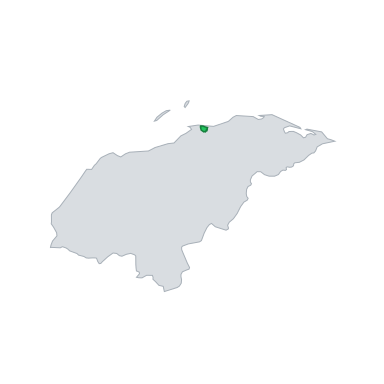 location of Santa Rosa de Aguan, Colón, Honduras, rotated 345°
{"feature_id": "27666195B37116409669852", "entity_name": "Santa Rosa de Aguan", "entity_type": "district", "adm_level": 2, "iso_a3": "HND", "parent_name": "Honduras", "parent_adm1": "Colón", "projection": "mercator", "projection_center": [-85.679, 15.902], "detail": "fine", "context": "in_parent", "style": "filled", "palette": "green", "viewbox_px": 384, "rotation_deg": 345, "n_neighbors": 0, "source": "geoboundaries", "source_scale": "gbopen_adm2", "svg_char_len": 3737}
<svg xmlns="http://www.w3.org/2000/svg" viewBox="0 0 384 384"><g transform="rotate(345 192 192)"><path d="M343.1,179.9L330.5,179.2L324.6,180.8L322.0,184.3L319.8,185.8L317.9,185.5L314.2,186.8L308.5,190.0L303.4,191.1L298.8,190.4L297.5,191.1L297.2,192.2L296.5,193.1L294.7,193.7L292.7,193.4L290.4,192.3L289.2,192.8L289.1,194.8L287.8,195.3L285.5,194.4L282.9,195.1L280.0,197.5L275.9,198.1L270.6,196.7L266.5,194.0L263.6,190.2L260.2,189.2L254.1,192.1L251.5,195.4L251.0,197.5L251.6,199.4L250.5,200.6L247.6,201.2L245.5,203.5L244.0,207.5L243.7,210.5L244.6,212.6L243.2,214.2L239.5,215.2L235.2,218.7L230.1,224.4L225.1,228.5L220.2,230.8L217.8,233.3L217.9,236.1L217.6,237.0L216.7,237.3L215.0,237.7L205.5,231.6L202.7,227.4L200.3,228.0L197.3,230.2L193.1,234.9L188.5,241.4L186.3,242.1L174.9,241.2L168.9,241.8L167.7,242.6L167.1,245.0L167.5,248.2L169.1,259.6L170.1,264.3L169.2,265.7L166.1,266.0L162.1,266.6L160.0,268.8L159.4,271.0L159.2,274.1L158.0,277.3L155.5,279.6L153.1,280.4L139.5,281.0L139.8,275.7L135.9,273.6L133.6,269.2L131.7,266.2L132.3,264.4L132.2,262.3L126.6,260.7L121.5,262.0L118.5,261.1L116.3,260.0L120.1,257.4L120.3,255.8L119.1,254.7L117.9,253.9L118.3,250.9L119.0,247.4L121.1,239.3L120.4,237.9L116.9,235.4L112.5,235.2L107.7,235.9L105.4,234.7L103.4,231.9L99.9,230.5L93.8,232.8L87.4,236.1L85.4,237.4L83.8,237.2L83.0,234.7L82.7,231.7L82.3,230.9L78.9,229.9L74.9,229.1L72.8,228.3L70.9,226.3L66.1,223.6L65.0,221.7L58.6,217.2L57.3,215.0L55.8,213.4L52.7,211.3L50.3,211.8L42.2,209.2L40.9,209.0L42.1,206.7L44.6,203.3L50.2,199.4L50.7,196.3L49.2,190.2L47.8,186.3L48.5,184.6L50.3,177.6L51.6,175.9L59.7,172.4L60.5,171.9L66.9,166.9L73.9,161.4L81.3,155.3L89.5,148.5L94.1,144.5L96.2,142.8L100.9,144.2L104.6,141.0L106.8,139.9L111.8,136.0L113.4,135.2L121.8,133.6L125.9,133.6L129.4,137.6L132.3,139.7L137.6,137.9L142.0,137.4L160.5,141.1L167.8,139.5L181.3,139.1L187.3,140.0L195.8,134.9L201.3,133.8L207.8,131.4L206.9,129.0L205.4,127.8L215.2,128.9L229.8,134.2L245.4,133.2L251.0,130.4L254.6,129.6L270.6,135.0L274.8,139.1L278.1,139.5L280.6,138.6L281.3,137.7L278.2,136.8L276.7,135.5L289.3,138.0L313.0,157.5L313.5,159.1L303.4,153.4L298.0,153.8L296.6,154.7L296.9,157.9L297.4,159.4L299.7,159.5L301.4,158.7L305.6,159.7L308.3,161.8L311.7,165.0L313.7,168.5L315.9,168.5L318.0,166.4L322.0,166.2L324.6,168.5L326.5,168.4L323.9,164.8L317.8,161.2L319.3,161.0L332.8,167.5L336.6,175.6L339.8,177.5L343.1,179.9ZM184.2,109.9L176.4,113.8L174.0,113.8L177.5,110.7L183.3,108.1L188.2,106.8L192.2,107.3L184.2,109.9ZM210.9,105.7L207.2,108.6L206.6,107.3L208.4,104.6L210.6,103.0L212.8,103.2L212.2,104.3L210.9,105.7Z" fill="#d9dde1" stroke="#a8b0b8" stroke-width="1"/><path d="M218.8,136.8L218.9,136.7L219.0,136.7L219.1,136.8L219.3,136.9L219.5,136.9L219.8,136.9L220.0,137.0L220.2,137.3L220.3,137.3L220.4,137.2L220.5,137.2L220.6,137.3L220.7,137.2L220.8,137.2L221.0,137.1L221.1,136.9L221.0,136.7L221.3,136.5L221.5,136.5L221.6,136.4L221.7,136.5L221.8,136.6L222.0,136.5L222.3,136.6L222.4,136.4L222.2,136.3L222.2,136.2L222.3,136.1L222.2,136.0L222.2,135.9L222.2,135.7L222.3,135.7L222.5,135.5L222.8,135.7L222.8,135.8L222.9,135.7L222.8,135.4L222.7,135.4L222.6,135.2L222.8,135.2L223.7,133.8L223.2,133.6L223.0,133.4L222.9,133.4L222.7,133.3L222.6,133.2L222.4,133.1L222.2,133.0L222.1,132.9L221.9,132.8L221.8,132.7L221.7,132.7L221.4,132.5L221.3,132.4L221.1,132.2L220.9,132.1L220.7,132.0L220.6,131.9L220.4,131.8L220.4,131.7L220.2,131.6L219.9,131.4L219.7,131.3L219.7,131.2L219.4,131.1L219.2,131.0L219.0,130.9L218.8,130.9L218.7,130.8L218.4,130.7L218.2,130.7L217.9,130.6L217.9,130.8L217.7,131.0L217.4,130.9L217.2,130.8L217.1,131.0L217.1,131.3L217.3,131.3L217.3,131.5L217.2,131.5L217.1,131.8L217.0,132.0L217.0,132.3L216.9,132.3L216.9,134.6L218.8,136.8Z" fill="#22c55e" stroke="#15803d" stroke-width="1.5"/></g></svg>